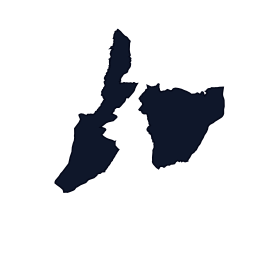 the district of Masasi, Mtwara, United Republic of Tanzania, rotated 307°
{"feature_id": "72390352B56058142056871", "entity_name": "Masasi", "entity_type": "district", "adm_level": 2, "iso_a3": "TZA", "parent_name": "United Republic of Tanzania", "parent_adm1": "Mtwara", "projection": "orthographic", "projection_center": [38.96, -10.762], "detail": "fine", "context": "isolated", "style": "filled", "palette": "ink", "viewbox_px": 256, "rotation_deg": 307, "n_neighbors": 0, "source": "geoboundaries", "source_scale": "gbopen_adm2", "svg_char_len": 5905}
<svg xmlns="http://www.w3.org/2000/svg" viewBox="0 0 256 256"><g transform="rotate(307 128 128)"><path d="M217.8,179.6L215.5,176.8L213.9,175.3L212.7,173.7L211.9,172.9L210.3,170.6L210.1,170.4L208.9,170.4L208.4,169.4L207.9,169.1L207.6,168.6L206.0,168.2L205.3,168.4L204.7,168.4L204.0,167.9L203.9,169.9L203.7,170.3L200.3,170.0L199.9,169.8L200.3,168.5L201.6,166.6L201.5,165.7L201.0,165.3L198.8,165.6L198.3,165.5L198.0,164.8L197.7,162.5L196.7,161.8L195.9,161.7L195.3,161.2L193.0,158.5L192.8,157.7L192.9,156.2L192.3,152.8L191.5,150.2L190.9,147.5L189.7,144.6L188.6,142.6L188.1,141.9L186.9,140.9L185.9,140.6L184.7,140.8L183.5,140.0L183.1,139.3L182.4,136.5L181.4,136.0L180.4,135.8L179.7,135.5L178.8,134.3L176.6,132.6L176.7,131.1L177.0,130.2L178.0,129.4L178.3,128.6L180.6,126.8L181.5,126.5L181.6,126.2L181.4,125.7L181.2,125.6L178.2,125.5L177.5,124.6L176.4,123.9L174.5,121.8L173.6,117.8L171.7,120.1L171.0,120.4L169.5,119.4L167.7,119.9L163.4,119.2L162.9,119.3L162.3,119.8L161.1,119.1L159.5,119.3L158.5,119.2L158.1,119.6L158.2,120.0L157.8,121.0L157.1,122.0L157.2,122.9L157.0,124.2L156.0,125.4L155.9,125.9L149.3,125.8L149.2,126.8L149.8,127.8L149.9,128.5L148.9,130.1L148.8,130.6L149.1,132.3L149.7,132.7L150.2,133.6L150.6,134.1L150.5,135.2L149.5,136.4L149.1,136.7L148.6,137.5L147.1,138.5L146.8,139.3L145.2,141.6L144.1,142.4L143.5,144.3L140.8,143.7L138.7,144.0L138.2,144.4L137.6,145.3L137.6,145.7L137.8,145.9L137.7,146.2L138.1,146.4L138.0,146.6L138.1,146.8L137.6,146.9L137.3,147.7L136.8,148.0L137.0,148.6L136.8,149.0L137.3,149.2L137.4,149.4L136.7,150.2L136.6,150.8L135.9,151.9L135.5,152.1L135.2,152.7L134.5,153.0L134.3,153.4L134.0,153.6L133.9,154.7L132.1,156.2L132.5,157.3L132.3,157.8L130.5,158.7L129.9,159.5L128.6,160.5L127.7,161.0L125.7,161.4L125.1,161.6L123.8,162.7L119.3,165.5L116.7,167.6L116.1,167.8L115.3,168.7L114.7,170.1L113.9,173.9L113.8,174.7L113.9,176.9L115.5,176.8L116.3,176.5L116.6,176.7L117.8,177.9L118.5,179.5L118.4,180.2L119.0,180.6L120.2,180.7L121.7,181.3L122.5,181.9L123.3,183.2L123.7,183.5L124.8,183.6L126.2,185.3L127.6,186.5L129.8,186.3L131.8,187.1L132.0,187.5L132.2,189.0L132.4,189.3L133.1,189.3L133.4,189.5L134.0,190.4L133.6,191.1L134.9,191.6L135.3,193.4L135.8,194.2L137.0,195.0L137.5,195.5L137.8,195.2L139.3,194.8L141.6,194.8L145.2,194.2L146.3,194.4L148.2,195.1L150.6,195.2L151.6,195.5L156.1,194.7L157.9,194.9L159.6,194.7L161.9,194.1L165.5,193.7L168.1,193.0L172.0,192.8L174.8,192.1L176.8,191.1L178.3,190.8L180.6,191.2L183.7,192.7L185.6,193.1L192.5,195.8L193.8,196.1L195.6,196.0L197.0,195.5L200.4,192.9L203.0,191.7L207.8,187.9L208.8,186.7L210.1,184.7L211.1,183.5L212.8,182.3L217.8,179.6ZM181.0,66.1L181.7,66.9L182.1,68.5L181.9,68.7L180.5,68.2L178.3,68.6L178.1,69.3L176.9,69.2L176.1,70.0L175.3,71.5L174.4,72.0L173.6,72.2L172.9,72.0L172.4,72.1L171.8,71.8L171.8,72.5L170.9,72.8L170.9,73.2L170.7,73.3L169.9,73.4L166.9,76.0L166.5,75.8L166.5,76.1L166.2,76.1L165.9,76.5L165.2,76.4L165.1,77.0L164.8,77.1L164.1,77.2L163.5,77.5L163.3,77.1L162.7,76.9L161.9,77.6L161.4,77.7L161.0,78.2L160.4,78.4L159.4,78.0L159.2,78.2L158.9,78.1L158.5,78.1L157.9,78.8L157.3,79.1L156.8,79.0L156.2,78.7L154.0,79.2L153.8,79.6L153.2,79.7L153.1,80.1L153.3,80.7L153.2,80.9L152.2,81.5L150.5,81.4L150.0,82.2L149.4,82.7L148.9,83.9L147.8,84.5L146.6,84.7L145.3,84.6L144.1,85.3L143.4,85.1L143.3,84.9L142.3,85.2L141.4,85.2L139.7,86.7L138.5,87.0L138.4,89.4L137.6,89.8L137.4,90.2L137.2,90.9L137.4,91.1L137.3,91.4L137.0,91.6L136.7,92.5L135.6,92.1L131.9,92.6L131.1,92.4L129.3,93.3L128.6,93.4L127.2,92.8L125.8,93.1L124.6,92.8L123.2,93.1L122.5,93.0L121.6,92.4L119.6,92.8L118.1,92.4L117.0,91.1L116.7,90.2L116.0,89.5L115.6,89.5L115.2,88.5L114.4,87.6L113.6,87.9L113.0,87.4L112.2,85.7L112.0,84.2L110.9,82.1L109.3,81.1L108.9,81.2L108.5,81.7L106.5,85.1L105.7,85.2L103.0,85.8L95.6,85.8L91.4,89.1L89.5,90.2L88.6,91.2L85.6,93.0L84.8,93.1L84.2,93.6L83.6,93.5L82.5,93.9L79.2,95.3L75.3,97.8L70.1,99.5L64.0,102.3L53.7,102.3L51.1,102.0L48.1,102.3L42.7,102.0L41.6,102.2L40.3,102.9L40.2,105.6L40.3,109.3L40.0,112.9L39.6,113.8L38.2,115.4L39.6,117.0L40.4,118.3L42.0,119.4L45.2,121.4L46.6,122.0L49.4,122.0L50.4,122.6L54.3,124.1L58.8,126.8L59.9,127.1L61.2,127.1L63.1,127.4L67.9,130.6L71.4,131.4L72.8,131.1L74.2,131.9L75.3,133.1L77.2,133.4L79.1,135.5L80.2,134.9L82.0,135.1L82.9,134.9L83.6,135.1L85.6,134.8L87.1,135.0L89.0,134.9L90.6,134.5L92.6,134.8L93.9,134.4L97.5,134.2L98.6,133.9L101.1,133.8L101.9,133.6L105.2,133.5L105.1,132.6L105.3,131.5L106.0,128.1L109.0,125.9L109.4,125.8L109.1,125.6L108.9,125.2L108.4,122.7L107.0,118.9L106.5,116.8L106.3,113.9L106.5,111.0L108.2,111.0L109.7,111.3L111.0,111.0L112.5,111.3L113.2,111.1L113.5,110.5L113.3,109.0L112.7,107.4L111.8,105.4L119.1,107.2L121.2,108.4L125.1,111.7L129.6,112.5L130.1,112.4L130.5,111.4L129.5,106.3L132.5,106.2L133.3,106.5L134.1,105.6L136.2,105.9L136.7,106.1L137.5,106.1L139.1,108.3L141.2,108.7L144.7,108.9L146.9,109.2L148.2,109.0L150.4,108.2L151.2,108.2L151.7,108.4L152.3,109.9L153.4,110.0L160.1,110.4L161.2,110.3L162.3,110.1L163.4,109.6L166.1,109.0L169.0,108.7L167.9,107.6L167.8,105.6L167.5,105.3L166.6,105.3L166.2,104.8L165.5,103.0L164.3,101.9L163.1,99.8L162.4,99.2L161.7,97.5L160.7,97.2L159.9,96.0L158.8,95.1L158.7,94.7L159.5,94.3L160.0,93.3L161.0,93.7L161.5,93.3L162.1,92.5L162.9,92.4L164.0,91.7L164.7,92.0L168.2,91.8L169.4,92.3L171.0,93.2L172.2,93.6L172.6,93.6L174.5,92.8L177.9,92.7L178.9,92.4L180.8,91.3L181.5,89.7L182.6,89.8L183.3,89.7L184.1,88.5L184.8,88.5L185.2,88.3L185.4,86.7L185.7,86.0L187.5,85.8L188.9,83.9L191.2,81.7L196.5,78.1L197.0,77.8L198.1,77.6L198.6,77.1L198.8,75.5L199.6,73.0L199.6,71.6L199.3,70.4L199.3,69.8L199.7,66.8L200.3,64.1L200.5,60.6L200.3,60.5L200.2,60.6L198.8,61.0L198.3,60.3L197.0,59.9L196.5,60.4L194.3,60.8L191.9,62.2L190.8,62.5L191.0,63.2L190.4,63.8L189.9,64.2L188.9,64.5L188.6,64.9L188.3,65.0L187.7,65.7L187.3,65.8L187.2,66.1L186.8,66.1L186.5,65.9L186.0,66.1L185.4,66.8L184.9,67.1L182.4,65.8L181.4,66.2L181.0,66.1Z" fill="#0f172a" stroke="#020617" stroke-width="1.5"/></g></svg>